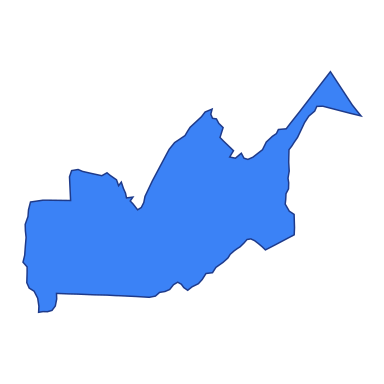 the district of Bom Jardim, Pernambuco, Brazil
{"feature_id": "56859067B47522840636001", "entity_name": "Bom Jardim", "entity_type": "district", "adm_level": 2, "iso_a3": "BRA", "parent_name": "Brazil", "parent_adm1": "Pernambuco", "projection": "equal_earth", "projection_center": [-35.571, -7.77], "detail": "fine", "context": "isolated", "style": "filled", "palette": "blue", "viewbox_px": 384, "rotation_deg": 0, "n_neighbors": 0, "source": "geoboundaries", "source_scale": "gbopen_adm2", "svg_char_len": 1872}
<svg xmlns="http://www.w3.org/2000/svg" viewBox="0 0 384 384"><path d="M361.0,115.9L357.1,111.1L352.2,104.9L330.4,71.7L322.1,82.4L299.5,111.8L290.3,123.4L286.2,128.8L278.4,129.5L276.4,133.6L272.4,136.3L266.3,142.0L262.5,149.7L252.9,157.2L247.9,159.4L244.0,158.2L241.3,153.2L235.4,158.2L229.7,157.0L233.5,150.7L223.1,140.7L220.0,137.5L223.1,127.6L218.8,123.4L216.4,118.9L212.5,118.3L210.8,114.2L212.1,109.1L205.1,112.0L201.5,116.7L190.1,127.3L187.9,130.7L185.0,135.6L174.6,142.6L169.2,149.3L166.5,154.3L152.3,181.0L145.0,196.4L143.8,202.5L141.3,207.5L137.6,209.8L133.0,203.9L130.2,201.0L132.9,197.1L126.5,197.9L125.5,193.2L123.4,188.4L121.3,182.1L118.6,185.7L116.5,179.8L109.9,175.2L107.0,172.8L101.8,175.7L91.7,173.5L82.5,171.4L78.1,169.5L71.6,170.6L69.5,176.8L70.6,200.5L48.0,200.2L42.9,200.2L30.5,202.0L28.5,209.8L28.0,216.5L25.2,224.4L25.4,230.9L26.1,237.5L25.4,245.5L24.7,255.2L23.0,262.2L27.1,266.9L27.1,272.7L26.8,282.7L29.2,288.1L34.1,291.2L37.7,298.2L38.9,306.3L38.6,312.3L43.0,311.6L47.5,311.7L52.0,310.4L55.3,306.0L56.7,299.0L56.5,293.4L68.9,293.9L77.8,294.1L93.8,294.8L107.3,295.1L115.7,295.6L119.5,295.7L136.2,296.5L149.3,297.3L155.4,296.1L159.6,292.4L165.0,291.5L169.7,289.5L173.5,284.7L177.7,282.2L181.3,284.2L183.8,287.6L187.7,290.3L192.1,286.8L198.4,283.7L202.2,279.5L206.0,273.5L212.5,272.7L215.9,267.4L219.7,264.7L223.1,262.3L228.0,257.9L230.2,254.3L234.2,250.8L237.1,248.7L240.1,246.8L243.9,243.1L247.0,239.5L250.8,238.9L254.5,240.6L258.3,243.5L262.1,246.7L265.4,249.9L275.3,244.8L294.2,234.8L294.5,227.7L294.1,214.4L289.3,211.2L285.2,204.1L285.7,199.6L286.0,193.7L288.5,188.9L288.7,182.8L288.0,178.2L289.2,171.1L288.7,162.2L288.8,157.0L289.0,149.7L291.9,145.9L294.1,142.4L297.5,137.5L301.5,129.1L304.5,122.7L308.8,116.1L314.7,111.1L316.8,106.4L322.8,106.2L341.3,111.0L351.0,113.5L361.0,115.9Z" fill="#3b82f6" stroke="#1e3a8a" stroke-width="1.5"/></svg>